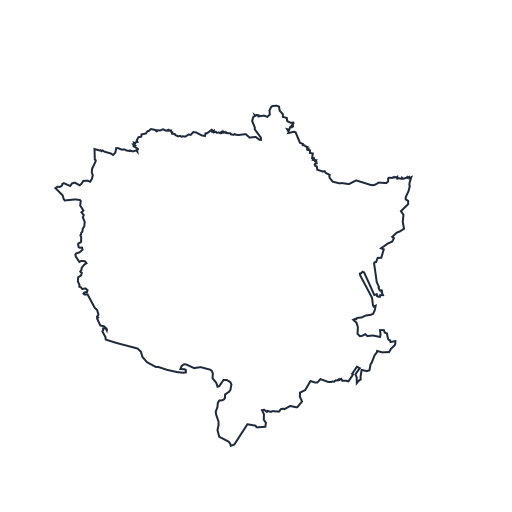 the district of Maria La Baja, Bolívar, Colombia, rotated 246°
{"feature_id": "7082276B12407148553897", "entity_name": "Maria La Baja", "entity_type": "district", "adm_level": 2, "iso_a3": "COL", "parent_name": "Colombia", "parent_adm1": "Bolívar", "projection": "robinson", "projection_center": [-75.303, 9.961], "detail": "fine", "context": "isolated", "style": "outline", "palette": "slate", "viewbox_px": 512, "rotation_deg": 246, "n_neighbors": 0, "source": "geoboundaries", "source_scale": "gbopen_adm2", "svg_char_len": 6104}
<svg xmlns="http://www.w3.org/2000/svg" viewBox="0 0 512 512"><g transform="rotate(246 256 256)"><path d="M92.9,155.8L92.6,159.5L105.8,179.7L101.2,186.5L99.4,186.9L98.9,187.6L96.2,195.1L99.6,197.2L103.3,196.5L108.2,198.9L112.7,198.8L112.2,200.9L109.2,202.5L109.8,203.4L107.5,206.3L107.6,207.9L104.5,213.7L106.0,216.4L105.2,219.3L104.5,219.7L105.1,226.1L101.2,231.6L101.2,232.5L104.4,238.9L109.5,238.8L113.3,240.7L113.5,246.4L119.6,254.9L116.3,258.6L115.5,260.7L117.3,264.8L111.6,270.7L110.3,273.4L110.2,275.1L109.4,276.1L110.0,278.1L109.3,279.3L109.7,281.6L108.8,281.5L109.1,283.9L106.9,284.1L105.6,287.2L103.9,289.5L107.7,295.6L108.4,296.4L109.3,295.9L113.8,303.2L111.3,305.1L107.5,298.7L104.1,298.6L98.9,296.4L100.3,299.2L100.6,301.4L103.4,302.5L109.0,306.2L105.8,310.3L105.5,313.2L110.5,316.6L111.3,318.1L117.2,324.1L118.8,327.2L120.0,328.0L116.6,332.2L114.1,338.5L116.3,341.5L118.1,346.5L119.4,347.7L121.6,348.7L122.7,343.9L124.6,344.1L125.5,343.1L127.1,343.0L132.0,344.1L133.6,342.5L136.3,342.6L137.8,339.1L133.5,337.8L131.6,336.4L135.8,330.5L137.6,325.1L140.1,324.1L139.9,320.4L140.5,318.3L143.7,317.1L149.5,320.1L154.1,320.7L158.2,318.9L158.2,321.2L157.5,321.9L158.3,323.2L156.9,327.5L157.0,332.0L155.6,336.8L155.6,339.5L158.0,342.3L161.9,345.1L161.9,342.9L163.4,342.8L170.6,345.0L195.9,343.3L197.7,343.8L197.5,345.1L198.3,346.9L197.0,348.1L172.2,348.2L172.0,350.8L169.9,350.3L168.3,352.4L169.7,353.4L168.6,356.1L172.2,356.1L172.5,356.8L173.6,356.8L174.1,355.2L175.4,355.0L177.2,355.0L177.7,355.7L183.1,355.7L201.3,360.9L202.0,361.9L201.6,363.2L204.8,366.4L203.4,369.7L210.1,375.4L212.2,373.4L213.8,381.8L213.8,386.2L216.2,389.3L218.1,388.2L220.1,394.1L219.9,397.2L220.7,402.3L227.6,404.0L233.7,407.5L238.0,406.6L241.5,416.1L244.4,417.4L246.8,415.8L248.9,416.7L253.3,421.8L257.4,425.0L258.6,425.0L260.9,426.4L264.8,429.9L264.7,427.7L265.9,428.0L265.8,426.3L266.6,426.4L266.3,424.8L266.7,421.7L268.2,421.2L267.4,420.3L269.1,417.9L269.1,416.7L270.8,417.3L270.5,416.1L271.3,415.7L271.5,414.0L272.1,414.0L272.0,412.0L273.4,409.3L273.2,408.4L270.4,407.0L269.6,404.7L273.1,398.1L272.7,393.7L273.1,391.6L274.5,389.4L284.3,378.3L283.9,370.1L287.6,364.3L288.5,361.7L292.7,356.3L297.3,355.1L299.0,355.4L300.2,356.3L303.5,353.5L305.6,353.2L305.9,351.5L309.9,347.1L313.0,348.0L314.2,346.8L315.7,346.8L316.3,347.5L316.0,349.1L317.8,349.5L318.5,348.7L319.1,349.8L320.5,347.4L321.1,348.6L321.9,348.7L321.7,347.3L322.4,346.9L326.5,349.6L328.2,347.2L330.6,348.3L331.8,346.5L332.3,347.1L332.6,346.5L333.0,347.1L333.2,346.5L334.5,346.7L334.8,347.2L336.0,345.8L337.3,345.4L338.2,343.8L339.4,344.4L341.5,342.2L352.8,342.5L354.0,341.4L355.2,335.5L356.0,336.4L359.2,336.0L357.8,337.7L359.9,339.6L359.9,340.5L359.0,341.0L359.3,342.5L360.1,342.8L360.6,341.7L362.2,344.4L362.8,344.3L363.4,342.1L365.9,339.8L366.9,339.4L369.5,340.3L372.2,337.2L374.7,338.2L379.1,336.7L383.1,337.8L384.8,336.1L386.3,332.2L385.9,330.4L383.6,327.6L379.6,326.1L378.5,323.0L381.0,320.4L382.6,314.9L383.5,315.1L383.5,314.2L383.8,315.0L384.6,313.9L384.3,312.8L385.3,312.2L384.5,312.2L384.0,309.9L380.9,307.4L374.2,307.2L372.1,306.4L362.2,308.6L360.1,307.8L360.7,306.5L364.9,304.1L366.8,298.3L371.5,296.2L373.7,289.1L375.2,286.6L376.0,286.2L375.9,284.6L377.4,282.5L378.4,282.6L380.2,279.3L381.0,279.1L381.0,278.2L381.9,278.1L381.9,276.6L382.9,276.5L382.2,275.8L382.5,275.0L383.0,275.1L382.7,275.8L383.5,275.4L383.3,274.3L382.4,274.0L382.6,273.4L384.0,272.2L384.6,270.2L385.8,269.8L386.1,267.8L387.4,268.4L387.0,267.0L387.4,266.4L388.4,267.4L389.4,266.8L388.0,261.2L388.6,259.8L386.4,258.2L388.1,255.6L393.2,251.6L394.7,249.1L393.2,245.6L394.4,243.8L393.8,240.0L395.1,237.9L395.2,236.6L396.5,235.6L397.0,233.5L399.4,231.4L400.4,231.4L402.0,229.0L403.1,229.8L403.7,229.1L405.4,229.3L405.7,228.0L406.6,227.7L406.3,226.9L406.9,227.0L407.0,224.8L409.6,222.6L409.6,219.6L410.6,217.8L410.4,216.7L411.0,216.5L410.6,215.8L412.2,215.2L414.7,211.6L413.8,208.7L414.2,207.7L412.7,205.2L413.6,200.9L411.7,199.7L412.3,197.0L410.2,194.1L408.4,194.1L408.8,192.4L408.2,191.6L409.2,190.6L407.8,190.4L408.0,189.4L406.2,190.5L406.3,188.0L405.8,189.1L402.0,191.6L401.5,191.5L401.2,190.4L399.7,190.0L401.2,189.6L401.6,186.1L403.5,184.0L403.1,183.6L405.2,180.4L406.8,179.3L407.7,176.7L410.4,174.1L411.4,172.2L407.6,169.5L406.4,166.5L408.6,165.2L412.9,160.0L414.8,158.8L414.6,157.4L415.8,157.1L416.1,155.9L419.4,152.0L409.8,148.0L408.6,148.5L407.7,148.0L402.3,141.7L399.0,139.9L396.3,139.8L393.2,137.5L391.3,134.7L393.4,132.6L394.8,128.8L392.9,125.7L392.3,123.7L396.7,120.3L396.9,119.3L397.1,117.4L395.5,114.7L400.7,110.1L400.6,108.5L399.3,107.5L399.0,105.9L398.9,104.8L400.0,102.9L399.6,100.4L390.1,104.0L386.2,103.5L384.5,103.9L381.2,113.9L378.8,117.9L377.6,118.3L373.6,115.9L367.7,116.8L366.9,114.3L363.5,115.3L361.7,113.5L356.8,113.4L353.0,111.2L351.3,108.8L348.9,107.3L348.3,105.8L347.1,105.2L346.4,104.0L344.4,104.0L340.3,102.1L339.8,101.5L339.7,98.7L338.9,98.2L336.2,97.6L335.3,98.2L334.5,100.5L332.3,100.1L331.1,96.2L331.5,92.8L330.7,91.5L328.7,91.2L322.4,92.2L322.6,94.4L320.9,97.5L318.4,98.2L317.9,95.4L316.1,92.0L314.5,91.0L313.2,89.1L311.5,90.0L309.4,88.3L308.9,84.9L305.2,82.9L301.5,83.0L299.8,82.1L298.6,83.3L296.5,83.9L295.7,87.1L293.3,88.2L291.8,87.0L292.5,84.4L291.7,83.1L290.3,84.0L289.5,86.5L274.3,87.6L271.3,88.9L266.8,88.3L265.8,87.4L265.4,86.2L264.5,85.9L263.9,86.5L263.4,85.4L255.8,85.5L253.8,88.4L250.4,89.9L249.3,89.8L248.7,89.4L251.1,89.3L252.0,86.8L250.8,86.5L249.5,85.0L243.0,85.5L241.3,84.8L240.5,85.0L234.1,92.2L219.6,110.2L215.5,111.9L209.9,111.2L203.4,113.2L195.4,119.3L194.4,121.6L188.2,128.4L181.9,136.9L179.0,141.9L178.2,144.6L180.5,145.5L181.7,144.5L183.5,141.0L185.8,143.4L186.4,146.2L185.2,148.2L178.8,153.8L177.0,160.2L170.7,168.0L168.9,168.9L166.3,168.8L162.0,166.6L156.3,168.1L152.2,167.7L152.0,169.5L156.0,175.9L154.5,178.9L151.3,181.2L148.7,181.3L144.0,178.1L142.9,176.0L142.1,171.5L138.8,169.8L138.1,168.5L137.9,166.4L138.9,163.9L138.6,163.1L137.3,161.4L133.5,159.2L130.2,155.9L127.5,155.1L120.0,154.4L116.7,153.0L112.6,150.0L105.8,148.9L97.5,155.5L95.2,156.1L92.9,155.8Z" fill="none" stroke="#1e293b" stroke-width="2"/></g></svg>